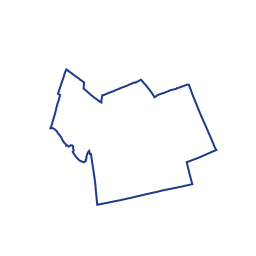 outline of Cosoveni, Dolj, Romania, rotated 48°
{"feature_id": "2599482B99392647375272", "entity_name": "Cosoveni", "entity_type": "district", "adm_level": 2, "iso_a3": "ROU", "parent_name": "Romania", "parent_adm1": "Dolj", "projection": "equal_earth", "projection_center": [23.934, 44.254], "detail": "fine", "context": "isolated", "style": "outline", "palette": "blue", "viewbox_px": 256, "rotation_deg": 48, "n_neighbors": 0, "source": "geoboundaries", "source_scale": "gbopen_adm2", "svg_char_len": 4855}
<svg xmlns="http://www.w3.org/2000/svg" viewBox="0 0 256 256"><g transform="rotate(48 128 128)"><path d="M164.5,202.2L176.5,182.0L181.4,173.3L185.9,165.1L190.4,157.0L192.4,153.4L194.8,149.3L197.3,144.5L198.7,142.1L205.1,131.4L209.0,124.5L212.8,117.8L204.7,113.7L192.7,107.3L193.8,104.5L197.8,94.1L200.3,86.5L201.7,82.1L202.6,79.5L203.5,77.1L202.6,76.9L200.4,76.4L195.9,74.8L191.5,73.3L179.0,69.1L166.4,65.0L147.3,58.1L136.6,53.8L136.2,54.2L135.6,54.8L135.3,55.1L135.2,55.3L135.1,55.6L134.7,56.7L134.4,57.5L134.1,58.3L134.0,58.5L133.9,58.7L133.8,59.1L133.4,59.8L133.2,60.2L133.0,60.5L132.9,60.7L132.9,61.0L133.0,61.3L132.9,61.5L132.7,61.9L132.4,62.3L131.9,63.6L131.2,65.1L131.0,65.8L131.1,66.2L131.0,66.4L130.7,66.7L129.7,68.7L128.4,71.0L128.1,71.4L128.0,72.0L127.9,72.5L127.9,73.0L127.5,73.8L127.2,74.5L127.0,75.1L126.8,75.7L126.1,77.3L125.4,79.1L124.9,80.1L124.5,81.1L124.0,82.3L123.8,82.9L123.5,83.6L123.3,84.5L123.2,85.4L123.0,87.6L122.9,87.8L122.4,87.7L121.8,87.5L120.8,87.3L119.7,87.1L117.6,86.8L113.9,86.5L110.3,86.2L107.9,86.1L107.0,86.1L105.5,86.2L104.1,86.1L103.4,86.0L100.8,86.0L100.7,86.1L100.7,86.4L100.7,86.6L100.7,86.8L100.4,87.7L100.0,89.2L99.7,90.7L99.3,92.1L98.9,92.1L98.6,92.4L98.0,94.0L97.5,95.5L97.3,96.2L97.2,96.5L96.9,97.1L96.6,98.0L96.3,99.2L96.2,99.5L95.6,101.2L95.4,101.7L95.3,101.9L95.1,102.7L94.4,104.2L93.5,106.5L93.1,107.6L92.8,108.6L92.4,109.8L92.1,110.5L91.4,112.4L90.9,114.2L89.8,117.0L89.1,118.6L88.2,121.5L87.5,123.3L87.3,124.0L87.2,124.1L87.1,124.3L86.9,124.5L86.6,125.0L86.4,125.2L86.8,125.6L87.5,126.4L88.2,127.4L88.9,128.3L89.4,129.0L90.2,129.8L90.9,130.4L91.2,130.6L91.3,130.7L90.9,130.9L90.3,131.2L89.4,131.4L85.9,132.0L82.9,132.7L78.4,133.4L74.2,133.9L71.7,134.2L69.9,134.4L69.0,134.7L68.7,134.4L68.3,133.9L67.5,133.1L66.7,132.2L66.1,131.5L65.2,130.6L64.8,130.1L62.9,130.6L60.7,131.0L60.0,131.3L58.6,131.3L57.5,131.6L56.0,131.9L54.2,132.4L53.4,132.6L51.8,132.9L50.3,133.1L47.5,133.7L45.9,134.1L43.7,134.5L43.2,134.7L43.7,135.7L44.1,136.4L44.2,136.8L44.3,137.2L44.4,137.3L44.7,137.9L45.3,138.9L45.7,139.6L46.0,140.0L46.5,140.8L47.2,142.0L47.7,143.0L48.3,143.9L49.0,145.3L55.7,157.1L56.2,157.0L56.7,156.8L57.8,156.5L58.1,156.4L60.4,160.0L61.5,161.7L62.0,162.8L62.4,163.6L63.9,165.9L65.1,167.8L66.3,169.4L68.1,172.0L75.1,183.4L76.3,185.8L76.5,185.6L77.7,184.0L78.8,183.6L80.7,183.2L81.9,183.1L82.8,183.0L83.5,183.2L83.8,183.3L84.9,183.6L86.6,183.6L88.4,183.7L88.8,183.8L89.4,183.8L90.5,183.9L90.8,184.0L91.1,184.1L92.1,184.5L93.3,184.9L93.7,185.0L94.1,185.0L94.4,185.0L94.8,185.1L95.1,185.1L95.4,185.1L96.0,185.2L96.6,185.2L97.1,185.2L97.4,185.2L97.8,185.1L98.4,185.1L98.5,185.1L98.8,185.2L99.1,185.3L99.5,185.5L99.8,185.7L99.9,185.3L100.0,185.1L100.1,184.9L100.4,184.7L100.9,184.7L101.4,184.7L101.9,184.6L102.0,184.6L102.2,184.4L102.3,183.9L102.4,183.2L102.5,182.5L102.5,182.2L102.7,181.9L103.7,181.2L104.1,181.0L104.4,180.9L104.5,181.0L104.8,181.1L105.2,181.3L105.6,181.6L105.8,181.8L106.0,182.1L106.4,182.4L106.7,182.6L107.6,182.9L108.1,183.2L108.3,183.4L108.7,183.9L108.7,184.2L108.6,184.9L108.7,185.1L111.9,185.6L114.2,185.9L115.0,186.0L115.7,185.9L116.8,185.9L118.3,185.8L119.5,185.9L121.6,184.9L122.6,184.5L124.0,183.8L124.1,183.4L124.1,183.1L124.1,182.3L124.2,182.0L124.2,181.7L124.2,181.3L124.2,181.2L123.9,181.1L123.7,181.0L123.5,180.9L123.4,180.7L123.2,180.4L123.1,180.2L123.1,179.7L122.8,179.3L121.9,178.5L121.6,178.2L121.3,177.7L120.9,176.8L120.6,176.3L120.3,176.1L120.1,175.9L119.9,175.6L119.6,174.8L119.2,173.7L119.2,173.3L119.1,172.9L119.0,172.2L121.8,173.7L122.5,172.9L123.1,173.3L123.7,173.8L124.5,174.2L125.2,174.7L125.4,174.9L125.6,175.0L125.9,175.2L126.2,175.4L126.5,175.6L127.1,176.0L127.5,176.2L127.9,176.5L128.3,176.8L128.8,177.1L129.0,177.2L129.2,177.4L129.6,177.7L130.0,177.9L130.4,178.2L130.6,178.3L130.8,178.4L131.2,178.7L131.7,179.0L132.1,179.3L132.5,179.6L132.9,179.8L133.3,180.1L133.7,180.4L134.1,180.6L134.5,180.9L134.9,181.1L135.3,181.4L135.7,181.6L136.1,181.9L136.5,182.2L136.9,182.5L137.4,182.8L137.8,183.1L138.3,183.4L138.7,183.6L139.2,183.9L139.6,184.2L140.0,184.5L140.5,184.8L140.9,185.1L141.4,185.4L141.8,185.7L142.2,186.0L142.6,186.3L143.0,186.5L143.5,186.8L143.9,187.1L144.3,187.4L144.7,187.7L145.1,187.9L145.6,188.2L146.0,188.5L146.4,188.8L146.8,189.1L147.2,189.4L147.6,189.7L148.0,190.0L148.5,190.3L148.9,190.6L149.3,190.9L149.7,191.2L150.1,191.6L150.5,191.9L150.9,192.2L151.3,192.5L151.7,192.8L152.1,193.1L152.4,193.3L152.8,193.6L153.2,193.9L153.6,194.2L154.0,194.5L154.4,194.8L154.8,195.1L155.2,195.3L155.5,195.6L155.9,195.9L156.3,196.2L156.7,196.5L157.0,196.7L157.4,197.0L157.8,197.3L158.1,197.5L158.5,197.8L158.8,198.1L159.2,198.3L159.5,198.6L159.8,198.8L160.2,199.1L160.5,199.3L160.8,199.6L161.2,199.8L161.5,200.1L161.8,200.3L162.2,200.6L162.6,200.8L162.9,201.1L163.3,201.3L163.6,201.6L164.0,201.8L164.5,202.2Z" fill="none" stroke="#1e3a8a" stroke-width="2"/></g></svg>